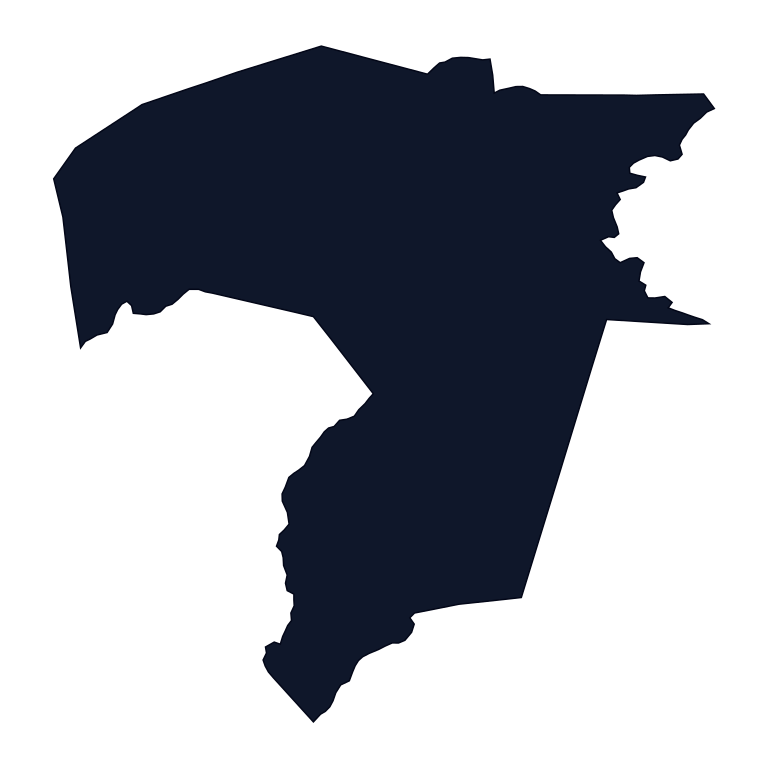 Coreaú, Ceará, Brazil (Mercator projection)
{"feature_id": "56859067B53706765399654", "entity_name": "Coreaú", "entity_type": "district", "adm_level": 2, "iso_a3": "BRA", "parent_name": "Brazil", "parent_adm1": "Ceará", "projection": "mercator", "projection_center": [-40.711, -3.684], "detail": "fine", "context": "isolated", "style": "filled", "palette": "ink", "viewbox_px": 768, "rotation_deg": 0, "n_neighbors": 0, "source": "geoboundaries", "source_scale": "gbopen_adm2", "svg_char_len": 2520}
<svg xmlns="http://www.w3.org/2000/svg" viewBox="0 0 768 768"><path d="M714.3,108.5L703.6,94.0L655.6,94.9L636.4,95.4L624.3,95.1L540.7,94.9L535.1,91.0L529.6,88.6L522.8,86.5L516.0,86.6L508.6,88.3L499.8,90.2L494.2,93.1L492.7,75.1L490.0,59.1L482.7,59.9L468.5,57.6L460.6,57.4L452.3,58.2L445.0,62.1L439.6,63.0L434.3,67.6L427.5,74.2L321.3,46.1L237.5,72.1L204.7,83.4L188.9,88.6L142.0,104.6L136.6,108.2L75.5,148.1L53.7,178.8L62.9,217.0L65.2,237.0L68.5,266.0L70.8,286.5L80.6,347.9L85.3,341.4L90.2,339.0L97.0,335.0L107.1,332.5L112.6,324.0L115.1,314.8L117.7,309.5L121.6,304.2L126.9,301.2L131.6,305.6L133.3,313.3L140.5,313.9L146.1,314.6L153.7,313.9L160.2,311.8L165.8,306.2L172.1,304.2L177.9,299.4L183.2,294.1L189.1,289.3L198.6,289.3L205.3,291.8L212.4,293.1L294.4,312.1L313.4,316.6L331.1,339.1L373.3,393.7L369.1,398.4L365.0,403.7L358.8,409.7L354.3,416.2L346.9,419.2L339.6,420.3L334.1,426.5L328.6,428.0L324.3,431.8L320.5,437.2L316.0,442.5L312.1,447.3L309.5,456.4L304.5,465.6L298.5,470.3L293.9,473.3L288.9,477.4L285.3,487.1L282.1,493.9L282.3,501.1L287.4,512.4L289.1,524.1L284.2,530.0L279.4,534.5L278.8,540.0L276.5,546.2L281.7,551.5L283.2,557.7L283.6,565.5L287.2,575.0L285.5,583.2L287.2,590.6L293.9,594.1L293.9,600.0L294.2,605.8L290.9,613.0L291.5,620.5L287.7,625.5L285.3,630.9L282.7,636.4L280.3,644.2L274.2,642.1L265.5,647.0L266.5,653.0L263.1,660.0L265.2,666.0L268.4,671.9L273.5,677.9L313.4,721.9L320.5,714.2L325.4,711.3L329.8,706.8L333.0,700.8L335.8,692.7L340.7,684.9L349.3,680.8L352.6,671.9L355.2,665.7L358.4,660.6L362.6,656.8L369.1,653.4L378.5,649.5L385.3,646.0L392.3,642.9L398.5,643.0L404.9,640.3L411.6,632.3L414.2,624.1L409.8,617.8L414.5,613.0L431.9,609.6L449.9,606.0L459.0,604.2L504.2,599.4L521.3,597.5L548.1,510.2L560.9,468.6L562.9,462.0L591.2,369.2L601.0,337.5L604.2,327.2L606.6,319.5L687.7,324.5L708.9,323.7L702.5,319.7L694.6,317.2L688.2,315.0L682.7,313.0L674.8,310.4L668.2,307.8L672.1,302.4L664.8,296.5L655.0,298.0L647.9,297.9L644.3,290.8L645.8,285.2L639.0,281.0L640.5,271.9L644.0,262.7L637.2,257.7L629.6,258.4L620.2,262.7L614.8,258.7L611.3,252.1L605.5,246.8L600.4,240.3L608.6,236.7L614.3,237.4L618.7,233.8L617.2,227.0L613.4,217.6L611.7,210.2L615.5,204.8L620.2,199.5L617.0,192.9L623.2,190.9L628.7,188.9L636.0,187.7L643.5,182.3L645.5,177.0L637.3,175.3L629.8,173.2L629.3,167.4L633.4,163.2L639.0,160.1L647.5,156.4L654.9,155.5L662.4,157.0L670.3,160.8L678.0,159.0L682.1,154.3L679.4,145.1L682.1,139.3L685.6,135.0L688.3,130.0L693.6,123.2L700.4,118.2L706.6,112.1L714.3,108.5Z" fill="#0f172a" stroke="#020617" stroke-width="1.5"/></svg>